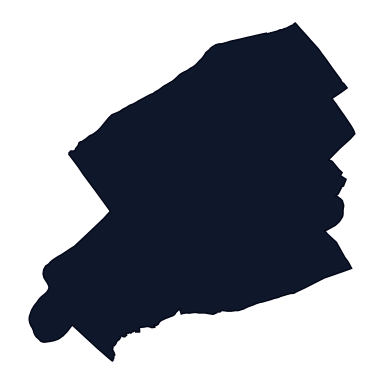 outline of Concepción, Corrientes, Argentina
{"feature_id": "61730980B94063956743041", "entity_name": "Concepción", "entity_type": "district", "adm_level": 2, "iso_a3": "ARG", "parent_name": "Argentina", "parent_adm1": "Corrientes", "projection": "albers", "projection_center": [-58.127, -28.402], "detail": "fine", "context": "isolated", "style": "filled", "palette": "ink", "viewbox_px": 384, "rotation_deg": 0, "n_neighbors": 0, "source": "geoboundaries", "source_scale": "gbopen_adm2", "svg_char_len": 5880}
<svg xmlns="http://www.w3.org/2000/svg" viewBox="0 0 384 384"><path d="M340.9,199.2L340.0,198.5L335.9,195.5L338.2,193.9L342.3,185.9L343.4,186.1L346.1,179.3L343.9,177.9L340.4,175.7L342.1,172.6L340.9,171.4L338.9,169.6L332.1,161.3L328.5,159.8L339.7,148.4L350.5,138.6L354.8,133.8L353.5,130.1L351.2,126.1L347.3,120.3L344.2,115.7L340.7,110.8L337.9,106.8L336.1,104.1L334.4,101.9L331.8,98.4L332.7,97.9L334.7,96.6L341.4,92.1L347.1,87.9L343.9,83.7L342.4,82.6L340.7,80.5L341.0,80.1L339.8,78.4L336.6,74.1L332.6,68.7L330.6,65.9L326.7,60.3L321.4,53.2L318.2,48.7L315.3,45.5L311.7,41.5L310.2,39.9L308.9,38.3L303.5,32.3L299.3,27.7L296.7,24.6L295.2,23.0L293.9,23.9L293.6,24.2L293.4,24.6L292.6,25.2L291.5,25.5L286.1,28.3L285.4,28.5L284.4,28.6L283.4,29.1L282.0,29.8L280.1,29.8L279.2,30.2L278.1,30.8L275.9,31.5L273.3,32.2L270.5,32.9L269.6,33.2L266.6,33.9L266.4,33.2L260.6,34.4L257.7,35.1L254.5,35.8L253.5,36.1L246.1,37.7L244.1,38.2L241.6,38.8L240.0,39.2L230.7,41.2L226.0,42.7L225.0,42.9L224.1,43.2L222.2,43.7L220.7,43.9L219.2,43.9L217.9,44.2L215.6,44.9L214.4,45.6L212.9,46.5L211.6,47.4L210.5,48.3L209.0,50.1L207.4,51.3L205.8,52.7L204.3,55.3L202.9,57.2L201.7,58.8L200.1,60.2L198.8,61.6L196.3,64.3L195.0,65.5L192.7,67.1L190.4,68.3L188.5,69.8L186.1,71.1L184.0,72.1L181.8,73.3L179.9,74.5L178.6,75.7L177.4,76.9L174.9,79.2L173.2,80.6L172.0,81.5L170.6,82.2L168.2,83.7L166.8,84.5L164.4,85.8L162.0,87.5L159.8,89.2L158.5,90.2L157.4,90.7L154.9,92.1L154.0,92.9L153.0,93.6L152.0,94.0L150.5,94.5L148.4,95.6L145.9,96.9L144.2,97.9L142.6,98.7L140.2,100.0L138.8,100.7L136.5,102.2L133.2,104.0L129.5,105.4L126.4,107.5L123.1,109.1L119.8,111.4L117.5,112.5L115.8,113.2L111.9,114.8L108.7,117.9L100.7,127.7L98.4,130.1L96.4,131.8L92.8,134.4L89.6,135.8L85.9,138.9L83.2,140.7L82.6,141.1L82.0,141.6L81.2,141.8L80.8,141.7L79.8,142.2L79.1,142.7L78.7,143.9L78.5,144.7L78.1,145.3L77.8,146.1L76.1,148.0L74.8,150.7L74.1,150.7L73.6,151.2L73.1,151.2L72.6,151.3L72.1,151.0L71.4,151.0L70.6,151.0L70.2,151.5L69.9,152.1L69.5,152.4L69.1,152.7L69.4,153.4L68.8,154.2L77.9,166.3L83.4,174.4L96.8,192.5L110.4,211.2L103.6,218.7L84.9,236.5L75.8,245.0L74.7,246.1L71.9,247.9L69.9,249.1L67.2,251.0L64.4,252.8L61.4,254.8L58.4,256.4L55.7,258.1L53.0,259.9L50.7,261.8L48.5,264.2L45.7,266.0L43.7,269.6L43.1,273.8L44.0,277.7L45.8,280.6L47.4,283.0L48.3,284.9L48.9,286.5L49.0,288.2L48.1,290.2L46.7,292.3L45.1,293.7L44.0,294.7L41.5,296.7L39.2,299.1L37.1,302.1L34.1,305.9L31.9,309.6L31.0,311.9L30.3,313.9L29.4,316.7L29.2,319.5L29.4,320.9L29.9,323.1L30.8,325.3L31.2,326.2L32.2,327.6L33.1,329.7L33.5,330.6L33.8,332.3L34.7,334.2L35.4,335.6L36.1,336.6L37.2,337.7L39.3,339.5L39.8,340.2L40.4,340.7L40.9,341.3L42.9,342.0L45.3,342.1L47.8,341.7L49.9,341.4L52.0,341.0L54.0,340.6L55.9,339.9L57.5,339.4L59.4,338.4L61.0,337.2L63.0,335.8L64.9,333.8L67.1,331.6L70.8,326.7L72.3,325.0L97.4,348.2L103.2,353.2L107.5,357.0L112.3,361.0L112.9,360.5L112.5,360.1L112.9,359.8L113.3,359.2L113.8,358.2L113.8,357.4L113.7,356.9L113.7,356.5L114.1,355.6L114.7,355.1L114.6,354.3L114.4,353.7L114.1,353.4L114.1,352.8L113.7,352.0L113.3,351.1L113.0,350.5L112.5,350.4L112.2,350.2L112.5,349.6L112.7,348.5L112.9,348.0L113.0,347.6L112.7,347.0L112.7,346.5L113.1,345.9L113.6,345.8L114.1,345.8L114.6,345.4L114.8,344.9L115.2,344.6L115.6,344.1L115.8,343.6L116.1,343.1L116.2,342.3L116.5,342.0L116.9,341.6L117.0,341.0L117.7,340.7L118.0,340.4L118.2,340.0L118.6,339.9L119.3,339.5L119.6,338.9L119.6,338.3L120.1,338.1L120.5,337.8L120.3,337.3L120.6,336.8L121.0,336.1L121.5,335.9L121.9,335.8L122.3,336.0L122.8,336.5L123.5,336.7L124.2,336.8L124.9,336.8L125.3,336.1L125.9,335.7L126.6,335.3L126.4,334.3L125.8,334.0L126.1,333.7L126.7,333.7L127.1,333.3L127.5,333.1L127.9,333.1L128.3,333.2L128.7,333.0L129.4,332.6L130.1,332.8L130.7,333.1L131.3,332.6L131.7,332.3L131.9,331.9L132.3,331.8L132.7,331.8L133.3,331.7L133.4,331.1L133.7,330.9L134.4,330.9L135.0,331.0L135.2,331.3L135.7,331.1L136.0,331.4L135.9,332.0L136.7,331.9L137.2,331.9L137.6,332.1L138.1,332.0L138.7,331.9L139.2,332.0L139.6,331.9L139.6,331.2L139.6,330.6L139.4,330.2L139.5,329.8L139.4,329.1L139.2,328.8L139.3,328.2L139.6,327.8L140.1,327.6L140.4,327.3L141.3,327.3L141.7,327.1L142.2,327.3L142.8,327.0L143.4,327.1L144.0,326.9L144.9,327.0L145.1,326.5L145.7,326.5L146.6,326.5L147.1,326.5L147.7,326.6L148.2,326.5L148.6,326.5L149.4,326.8L150.0,326.5L150.3,327.1L151.2,327.5L151.9,327.6L152.4,327.6L152.8,327.6L153.3,327.3L154.0,327.2L154.7,327.4L154.9,327.0L154.7,326.5L154.1,326.1L153.9,325.4L154.0,324.9L154.4,324.9L155.0,325.6L155.8,325.3L156.4,325.3L156.9,325.1L157.5,324.7L158.4,324.0L158.5,323.6L158.7,323.1L159.1,322.5L159.4,322.1L161.0,320.6L162.1,320.1L163.1,319.6L163.8,319.3L164.2,319.1L165.3,318.5L166.4,318.1L168.1,317.5L170.3,316.6L171.2,316.3L172.3,315.9L173.3,315.4L174.7,314.4L176.0,312.3L178.1,310.3L179.7,309.0L181.3,314.0L182.2,313.6L184.1,313.2L185.8,313.0L187.4,313.0L187.9,313.0L189.3,313.1L189.8,313.1L191.1,312.8L192.7,312.6L194.4,312.5L194.7,312.4L196.7,312.5L198.4,312.9L199.4,312.9L204.6,312.9L213.1,314.3L216.0,313.1L217.9,311.9L220.0,311.9L221.3,310.7L222.7,310.5L224.1,310.7L224.5,310.7L225.9,310.9L226.3,311.0L227.5,311.1L229.1,311.1L229.6,311.1L231.4,311.1L232.9,310.9L234.5,310.7L235.9,310.5L237.6,310.6L238.7,310.4L239.2,310.3L241.5,309.5L243.4,309.0L246.1,307.6L248.8,306.4L250.9,305.7L251.4,305.5L253.7,304.7L256.1,303.6L258.2,302.9L260.3,302.3L262.6,301.9L264.7,301.3L266.7,300.7L269.6,299.9L271.8,299.2L272.3,299.0L273.7,298.5L275.6,298.0L277.5,297.6L279.2,297.0L280.7,296.3L284.0,295.3L284.5,295.2L286.6,294.5L289.0,293.9L289.5,293.7L291.0,293.4L291.8,293.4L293.9,293.2L296.2,291.9L300.8,289.7L305.7,287.4L324.1,278.0L345.1,270.7L351.6,268.3L348.0,261.7L344.9,257.6L336.3,242.2L332.9,239.1L327.7,234.3L324.8,231.1L335.3,225.3L338.0,222.9L339.5,221.4L342.4,216.9L342.8,215.5L343.0,214.2L343.0,211.5L343.1,209.3L343.6,206.5L343.6,204.8L342.9,202.9L342.4,200.8L340.9,199.2Z" fill="#0f172a" stroke="#020617" stroke-width="1.5"/></svg>